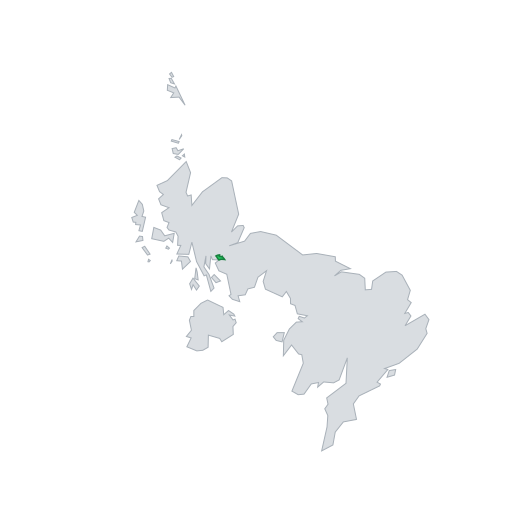 where West Dunbartonshire sits in United Kingdom, rotated 325°
{"feature_id": "GBR-2011", "entity_name": "West Dunbartonshire", "entity_type": "Unitary District", "adm_level": 1, "iso_a3": "GBR", "parent_name": "United Kingdom", "parent_adm1": "", "projection": "orthographic", "projection_center": [-4.496, 55.971], "detail": "fine", "context": "in_parent", "style": "filled", "palette": "green", "viewbox_px": 512, "rotation_deg": 325, "n_neighbors": 0, "source": "natural_earth", "source_scale": "10m", "svg_char_len": 4292}
<svg xmlns="http://www.w3.org/2000/svg" viewBox="0 0 512 512"><g transform="rotate(325 256 256)"><path d="M272.4,391.8L253.0,405.2L246.8,404.4L239.2,398.0L231.3,398.8L234.6,395.5L227.9,392.5L216.1,396.7L211.0,393.8L207.9,387.3L233.2,371.0L236.9,363.1L234.7,360.7L234.1,349.3L221.2,353.4L230.4,340.9L241.5,334.9L251.1,333.3L256.2,336.4L254.6,331.5L256.8,330.2L260.1,334.6L263.8,334.4L256.7,327.1L259.6,318.9L256.9,314.9L259.9,310.5L260.5,302.5L254.1,304.5L244.7,288.6L247.3,280.9L256.2,274.1L245.4,274.5L236.8,280.7L230.5,278.3L224.9,281.6L218.5,278.3L216.5,284.1L211.8,277.9L211.1,273.1L213.5,273.1L221.6,254.2L217.1,246.9L218.6,238.4L223.5,238.1L218.2,234.0L219.1,230.0L210.5,239.9L210.4,233.4L215.1,227.2L207.1,235.0L206.9,244.2L203.2,258.2L198.7,259.1L204.5,243.0L202.1,242.5L204.1,226.5L211.4,207.9L201.9,216.1L192.3,209.0L200.5,204.2L197.9,202.3L203.5,195.1L204.1,190.3L199.6,184.8L199.5,181.6L203.9,178.7L200.8,174.2L203.6,166.4L212.4,166.5L207.5,159.5L209.0,153.3L215.4,152.5L213.9,148.0L215.4,141.3L226.6,143.4L253.0,138.6L250.2,150.2L235.2,163.7L234.4,167.6L237.9,168.8L232.5,177.8L249.0,172.7L273.0,172.3L277.2,175.5L279.1,180.5L265.8,211.8L249.6,222.3L258.2,220.8L263.0,223.6L262.6,226.0L248.7,234.6L239.9,232.3L255.2,237.3L264.4,234.3L273.8,238.6L284.5,250.5L294.8,281.9L307.1,288.7L320.5,302.1L318.1,305.8L326.0,320.5L317.3,316.4L308.9,317.3L316.9,318.0L330.1,330.3L332.3,336.6L326.1,346.4L331.5,349.6L337.3,343.4L353.2,343.7L362.2,349.2L364.7,355.5L362.7,372.6L355.1,378.7L356.4,383.2L344.9,388.4L348.3,389.6L348.5,394.0L338.1,398.6L361.0,400.6L361.2,407.3L353.4,412.9L351.8,417.5L334.7,424.7L311.7,426.0L296.8,421.9L298.9,424.6L282.8,428.8L284.5,432.3L282.8,433.3L260.2,429.7L250.9,433.0L244.6,447.5L232.4,442.0L219.9,445.7L210.6,454.9L198.0,453.3L216.1,436.8L223.3,427.9L224.7,420.6L230.0,418.7L232.5,412.8L256.7,411.9L272.4,391.8ZM192.4,307.2L178.8,306.6L179.0,302.7L171.6,293.5L164.4,303.3L158.3,302.7L153.1,299.8L147.3,290.7L155.9,285.9L152.8,282.0L160.5,279.8L164.6,270.4L168.0,268.2L170.4,269.9L173.8,265.0L183.8,263.2L191.1,264.3L199.5,279.2L195.9,285.6L202.2,284.9L204.5,290.9L204.2,293.1L200.3,289.0L200.5,295.2L202.6,295.7L201.5,299.3L196.7,300.5L192.4,307.2ZM192.5,148.5L189.9,154.8L185.3,158.2L187.8,160.9L177.0,170.6L174.6,168.1L179.2,164.3L175.4,161.2L176.9,159.5L174.9,157.8L176.3,153.2L182.1,154.6L181.3,150.4L191.9,143.3L192.5,148.5ZM192.8,180.1L192.8,187.1L202.0,190.5L195.5,197.1L194.7,191.3L188.9,191.1L180.5,182.0L188.7,174.0L192.8,180.1ZM281.9,65.0L286.0,71.9L287.9,70.8L284.4,91.8L284.1,81.7L277.0,77.3L282.2,75.2L278.4,69.4L281.9,65.0ZM199.2,222.9L188.2,224.6L192.0,217.4L188.4,214.4L192.8,211.7L199.7,217.6L199.2,222.9ZM229.3,330.9L235.2,335.0L228.1,341.3L224.1,336.7L223.8,332.1L229.3,330.9ZM191.7,238.0L192.3,248.1L187.7,249.8L188.0,243.4L184.0,246.4L185.7,240.7L191.7,238.0ZM252.7,121.5L252.4,125.0L258.3,126.7L250.6,128.2L247.0,124.6L248.9,119.9L252.7,121.5ZM212.6,256.1L207.9,254.9L207.2,248.0L211.1,247.2L212.6,256.1ZM305.3,429.1L301.2,433.0L293.8,430.5L299.4,426.3L305.3,429.1ZM194.9,242.4L192.8,239.4L200.1,231.3L198.6,235.4L194.9,242.4ZM172.0,172.9L174.2,175.0L172.3,178.4L165.8,175.6L172.0,172.9ZM170.3,193.7L167.7,193.0L167.5,183.8L170.4,184.2L170.3,193.7ZM287.9,68.3L285.5,65.1L286.6,60.7L288.5,61.9L287.9,68.3ZM258.7,118.2L257.1,119.1L252.5,113.3L253.9,112.4L258.7,118.2ZM250.8,132.8L248.6,133.3L246.3,128.6L248.6,128.7L250.8,132.8ZM292.1,57.1L291.5,61.8L289.7,61.4L289.6,57.3L292.1,57.1ZM264.2,114.9L259.9,116.5L264.6,113.9L264.2,114.9ZM189.6,199.9L188.2,200.2L186.6,197.8L188.8,196.7L189.6,199.9ZM255.8,131.4L254.4,134.1L253.2,131.7L255.8,131.4ZM184.2,212.2L181.3,213.3L185.2,210.8L184.2,212.2ZM166.8,199.1L165.0,199.5L164.2,198.7L166.1,197.1L166.8,199.1Z" fill="#d9dde1" stroke="#a8b0b8" stroke-width="1"/><path d="M225.5,238.6L223.4,238.0L223.4,237.9L223.3,237.3L223.2,236.6L223.2,236.2L223.2,235.8L223.2,235.4L223.2,235.1L223.3,234.9L223.3,233.5L223.2,233.0L223.3,233.0L223.7,233.0L224.3,233.2L224.8,233.2L225.3,233.5L226.4,233.9L226.8,234.2L226.7,234.3L225.9,234.8L225.8,235.2L226.1,235.7L226.7,235.9L227.2,236.7L227.5,236.9L228.1,236.8L228.1,238.3L228.2,239.1L228.3,239.3L228.3,239.9L228.3,240.7L228.3,240.9L227.4,240.1L226.5,239.4L226.0,239.0L225.7,238.8L225.5,238.6Z" fill="#22c55e" stroke="#15803d" stroke-width="1.5"/></g></svg>